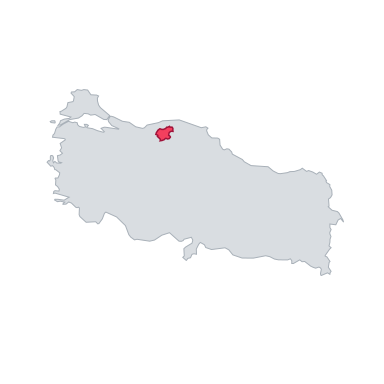 where Karabük sits in Turkey, rotated 17°
{"feature_id": "TUR-5520", "entity_name": "Karabük", "entity_type": "Province", "adm_level": 1, "iso_a3": "TUR", "parent_name": "Turkey", "parent_adm1": "", "projection": "equal_earth", "projection_center": [32.657, 41.183], "detail": "fine", "context": "in_parent", "style": "filled", "palette": "rose", "viewbox_px": 384, "rotation_deg": 17, "n_neighbors": 0, "source": "natural_earth", "source_scale": "10m", "svg_char_len": 4216}
<svg xmlns="http://www.w3.org/2000/svg" viewBox="0 0 384 384"><g transform="rotate(17 192 192)"><path d="M290.5,137.0L295.6,138.8L297.2,137.4L301.7,137.6L305.9,138.6L308.0,135.7L310.9,136.0L311.5,137.5L312.9,138.1L317.3,141.8L316.9,142.3L318.0,143.7L321.7,144.6L322.1,146.5L325.1,149.4L326.8,153.8L326.1,156.9L324.6,158.8L327.2,165.5L326.6,166.3L331.2,168.5L336.7,168.2L338.6,169.1L344.3,174.4L345.8,176.5L341.9,173.9L339.9,176.1L339.1,181.3L333.2,182.3L334.3,185.7L336.0,187.2L335.6,190.5L336.1,191.8L337.9,193.9L337.8,196.8L338.6,199.8L338.8,203.5L341.3,204.6L340.3,206.4L337.9,213.8L338.1,214.4L340.0,214.6L344.3,218.1L343.7,219.2L344.4,224.1L348.2,227.2L347.7,228.8L347.9,230.4L345.2,229.7L340.1,234.0L339.5,233.9L338.7,232.4L338.3,228.1L337.0,227.0L335.3,226.7L332.5,228.7L329.9,228.6L327.2,228.2L320.1,225.5L317.6,226.5L314.9,225.4L309.9,230.7L308.3,231.2L307.5,228.5L305.6,227.1L303.3,229.0L294.5,231.6L290.4,232.0L285.3,231.1L281.1,231.4L270.0,237.3L259.2,240.5L249.5,240.2L244.0,236.5L239.9,235.7L227.5,241.3L221.4,241.1L219.3,238.8L214.7,237.8L213.7,240.0L212.8,245.3L214.5,250.2L211.9,250.5L210.2,251.6L209.8,255.3L207.4,256.7L206.7,259.0L206.2,259.0L202.3,257.2L203.3,255.4L200.8,248.6L202.0,246.5L207.0,240.9L206.8,237.7L204.6,235.5L198.2,239.5L197.7,241.1L196.2,242.3L193.9,242.8L182.4,237.5L175.8,242.1L170.2,248.9L165.9,251.4L153.2,253.3L151.0,254.6L146.7,253.1L144.1,251.3L138.2,243.6L127.2,237.9L115.5,236.4L114.5,237.9L114.1,243.9L112.2,249.4L111.2,250.0L108.6,248.6L99.6,251.9L92.0,248.3L90.7,246.7L89.0,240.2L87.9,239.7L86.7,240.6L85.4,240.6L79.9,237.8L77.0,237.6L75.1,240.4L72.2,241.5L72.1,240.7L73.3,238.9L68.7,239.3L66.2,240.6L62.9,239.8L63.1,239.0L65.9,238.2L72.1,237.2L76.0,232.9L61.3,233.1L59.9,234.0L59.7,231.8L60.6,230.8L64.5,230.0L64.3,228.1L61.9,226.1L59.4,225.1L58.3,220.4L57.1,219.2L57.2,218.6L59.7,217.8L60.2,214.4L59.9,212.3L55.2,210.5L54.2,210.7L53.1,208.9L51.0,207.6L49.4,208.6L44.7,205.9L45.6,203.9L46.8,203.9L47.1,202.4L46.2,199.7L46.3,198.4L47.4,198.0L48.5,198.3L49.7,199.9L49.7,202.8L51.0,204.6L51.9,202.8L54.1,203.8L58.0,202.9L58.7,202.1L55.9,202.2L54.9,201.5L52.7,196.6L55.1,195.2L56.8,192.8L53.6,191.2L54.4,187.9L51.7,184.1L55.5,179.3L55.4,178.6L54.2,178.3L42.6,180.4L42.4,178.2L43.4,176.3L43.4,171.7L44.0,169.2L46.2,168.5L48.9,164.8L53.3,160.5L57.7,160.6L59.5,159.4L62.1,159.4L62.8,161.0L65.1,162.2L69.2,162.0L71.2,160.9L69.3,158.8L71.6,158.1L73.5,158.6L72.4,160.9L73.0,161.2L78.3,160.5L83.8,161.0L89.8,160.8L90.6,160.0L86.4,157.7L89.1,155.7L90.7,155.3L103.5,153.4L103.5,152.9L95.8,151.9L91.8,149.2L90.7,147.7L91.5,144.1L92.4,143.2L95.2,143.1L104.8,144.7L111.6,143.7L119.1,146.1L126.2,145.6L127.7,144.5L129.5,141.1L139.6,135.5L143.1,132.5L158.7,126.8L182.1,127.8L186.2,125.6L188.6,126.3L187.9,127.8L188.1,129.2L190.9,132.6L195.1,134.5L200.9,132.9L203.0,133.5L205.1,138.9L208.8,142.1L210.5,142.3L212.7,140.5L214.8,140.2L218.2,142.1L219.5,144.0L230.7,146.2L233.1,147.8L240.7,149.5L257.4,145.6L263.6,148.2L268.8,149.1L271.0,148.7L277.6,145.6L279.7,143.9L283.9,142.4L289.0,139.0L290.5,137.0ZM74.6,127.5L74.1,129.9L75.0,132.6L77.3,136.2L79.7,138.1L91.0,143.0L89.3,147.7L86.4,148.4L76.7,146.2L72.7,148.1L69.8,147.6L65.8,148.4L64.6,151.2L61.8,154.5L53.9,158.5L46.5,166.4L44.4,167.4L45.4,164.7L45.4,162.3L48.6,159.6L53.1,157.5L54.3,155.7L43.2,156.1L42.2,153.6L43.3,153.1L47.0,148.8L47.5,147.1L47.2,142.8L51.7,140.4L52.0,139.4L51.5,135.2L47.4,132.8L47.5,131.6L50.5,130.5L52.3,127.6L56.6,127.1L58.6,125.7L62.4,125.0L66.9,128.6L72.4,127.2L74.6,127.5ZM40.7,166.1L36.9,166.8L35.8,166.1L37.0,164.9L39.9,164.0L40.8,165.2L40.7,166.1Z" fill="#d9dde1" stroke="#a8b0b8" stroke-width="1"/><path d="M146.6,152.3L146.7,151.8L146.1,150.7L144.2,149.7L143.5,149.3L143.0,149.2L142.6,148.9L142.6,148.4L142.7,147.8L141.3,147.5L140.6,147.5L140.6,145.6L141.1,143.9L141.4,142.8L141.9,142.1L142.8,140.9L144.5,141.0L146.2,140.6L148.2,139.0L148.9,137.4L149.8,137.2L151.3,135.8L151.8,136.4L152.8,136.2L154.0,135.8L155.1,136.7L155.6,138.5L156.1,139.6L154.5,139.9L153.6,140.7L152.9,141.7L152.8,142.4L153.1,144.6L154.0,144.8L154.8,145.2L155.2,145.6L155.3,145.9L154.6,147.6L153.1,148.5L151.5,148.3L150.9,148.6L150.2,150.0L148.3,151.5L146.6,152.3Z" fill="#f43f5e" stroke="#9f1239" stroke-width="1.5"/></g></svg>